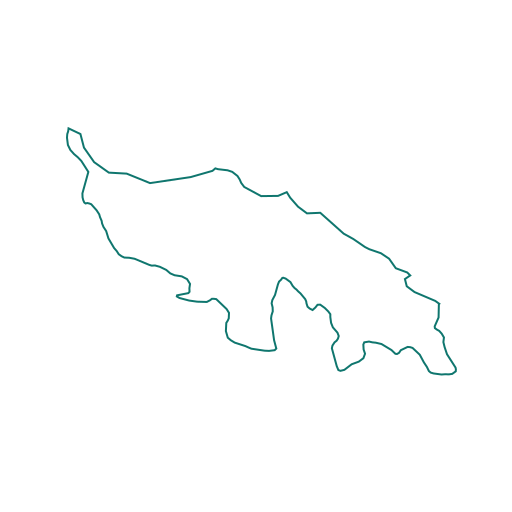 SVG path tracing the border of Lima Province, rotated 135°
{"feature_id": "PER-587", "entity_name": "Lima Province", "entity_type": "Captial District", "adm_level": 1, "iso_a3": "PER", "parent_name": "Peru", "parent_adm1": "", "projection": "equal_earth", "projection_center": [-76.899, -12.031], "detail": "fine", "context": "isolated", "style": "outline", "palette": "teal", "viewbox_px": 512, "rotation_deg": 135, "n_neighbors": 0, "source": "natural_earth", "source_scale": "10m", "svg_char_len": 2531}
<svg xmlns="http://www.w3.org/2000/svg" viewBox="0 0 512 512"><g transform="rotate(135 256 256)"><path d="M298.3,478.8L293.9,466.4L301.0,454.3L304.1,436.8L301.1,419.0L289.2,405.7L279.4,382.5L246.4,358.0L226.6,347.0L222.8,346.7L221.5,344.3L215.5,336.7L213.3,332.3L212.5,325.7L213.4,321.7L214.8,318.1L215.5,313.1L210.0,294.7L197.9,282.9L189.1,279.4L190.6,273.1L191.4,261.1L189.8,250.1L180.0,241.1L178.2,209.8L175.2,199.3L172.6,185.3L171.1,180.7L165.7,169.6L163.8,160.0L165.8,148.5L160.7,137.4L160.7,133.2L167.0,134.4L170.8,128.0L169.4,118.4L161.0,97.5L160.2,92.6L160.3,92.6L161.0,92.4L170.4,83.4L179.4,79.9L180.5,78.5L180.1,75.9L179.4,73.5L179.6,69.8L180.7,65.5L184.4,62.6L187.0,58.3L190.4,51.5L193.8,36.0L194.8,34.5L196.3,33.2L200.6,33.9L203.3,35.9L205.8,38.6L208.6,41.0L213.5,47.4L214.9,50.0L215.1,52.4L213.6,56.7L212.5,62.1L210.0,70.4L210.3,80.3L211.5,82.6L213.1,84.5L220.2,87.0L223.3,86.4L225.6,87.0L226.6,88.3L226.7,93.7L229.5,105.0L232.6,110.0L234.8,112.7L236.6,115.6L240.5,118.4L242.7,117.5L246.0,113.8L248.0,109.8L252.3,107.8L258.0,108.6L264.9,111.8L274.0,113.0L277.5,115.1L278.4,117.1L276.8,121.0L267.6,137.1L265.3,138.6L261.5,139.4L258.9,139.1L256.5,139.6L254.1,140.9L252.6,144.2L252.1,151.2L250.2,155.6L246.6,160.3L244.6,162.3L244.1,165.7L244.1,170.6L245.0,176.2L247.0,178.0L250.5,177.6L254.2,177.8L255.2,180.9L255.4,183.7L253.8,186.8L252.6,188.4L251.7,190.7L251.0,198.1L251.2,201.2L251.1,203.7L251.4,206.0L251.2,209.0L250.1,213.2L251.0,219.1L252.2,221.5L253.4,221.9L254.7,221.5L257.8,221.6L260.6,220.4L270.1,215.0L275.6,213.3L278.4,211.5L280.6,207.9L283.3,205.0L287.0,203.1L289.5,201.2L302.8,183.6L307.1,176.2L309.4,176.2L313.9,179.7L316.9,183.0L324.8,193.7L326.0,196.6L327.2,199.8L332.3,209.8L333.4,214.3L333.7,218.2L330.4,224.2L324.3,229.7L321.6,230.3L319.3,231.2L315.3,234.9L314.3,239.3L314.6,253.6L316.1,255.6L317.4,256.9L319.8,257.2L323.3,258.3L329.9,265.3L334.8,271.8L339.8,280.4L340.6,283.4L339.6,284.0L330.1,277.6L328.3,277.7L325.9,280.3L322.4,282.9L321.1,288.4L322.9,294.1L327.2,300.0L328.9,304.3L329.3,309.6L331.6,316.3L334.1,320.7L336.6,323.0L337.8,325.3L343.8,339.9L346.9,344.4L350.2,348.0L351.2,350.8L351.8,354.3L351.0,357.9L350.7,362.0L347.9,372.8L344.3,379.6L343.3,384.4L341.8,387.9L340.3,390.0L338.8,393.8L337.4,396.3L336.4,401.0L335.9,409.1L336.7,410.9L337.8,412.7L339.4,413.7L339.6,415.3L338.7,417.6L337.2,420.1L334.5,423.0L315.1,434.0L312.3,446.7L312.2,452.0L312.6,456.7L312.3,462.2L310.5,467.5L306.0,473.3L303.2,475.7L300.6,477.0L298.3,478.8Z" fill="none" stroke="#0f766e" stroke-width="2"/></g></svg>